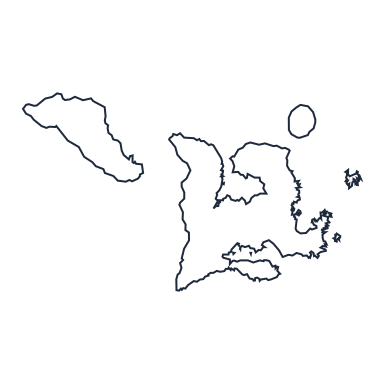 Bima, Nusa Tenggara Barat, Indonesia
{"feature_id": "22746128B14082340634491", "entity_name": "Bima", "entity_type": "district", "adm_level": 2, "iso_a3": "IDN", "parent_name": "Indonesia", "parent_adm1": "Nusa Tenggara Barat", "projection": "robinson", "projection_center": [118.835, -8.483], "detail": "fine", "context": "isolated", "style": "outline", "palette": "slate", "viewbox_px": 384, "rotation_deg": 0, "n_neighbors": 0, "source": "geoboundaries", "source_scale": "gbopen_adm2", "svg_char_len": 6089}
<svg xmlns="http://www.w3.org/2000/svg" viewBox="0 0 384 384"><path d="M227.2,195.3L225.7,197.8L223.1,198.9L223.0,200.3L219.0,200.2L220.1,202.1L218.6,203.5L218.3,206.0L215.7,206.2L213.5,208.5L218.0,200.9L215.7,198.8L217.2,194.7L216.6,193.2L219.5,190.1L221.3,186.3L222.5,179.1L221.8,177.1L222.7,176.6L221.2,176.4L222.4,175.2L220.6,174.5L221.9,174.4L222.9,172.5L222.4,171.1L223.8,170.8L221.0,170.1L223.3,166.2L222.5,163.9L221.6,163.9L222.2,161.5L221.2,158.2L213.3,145.2L211.0,144.3L209.0,145.2L204.0,141.0L200.9,141.1L199.3,139.0L197.0,140.2L193.8,138.2L184.1,137.6L180.1,133.3L177.0,135.2L173.3,134.0L172.5,136.2L169.8,138.1L169.1,139.5L175.3,147.1L177.4,154.8L182.7,160.8L187.1,163.3L190.4,170.4L186.5,178.6L181.6,182.6L181.7,186.7L184.3,192.6L184.2,198.7L180.1,202.7L179.4,204.8L182.9,212.2L182.6,219.4L185.6,224.3L185.4,230.1L188.9,232.5L189.0,240.4L184.1,248.7L181.7,258.4L183.1,260.0L180.1,263.1L181.5,267.8L179.5,273.2L177.7,274.5L176.3,279.2L176.5,290.2L179.1,290.6L180.9,288.6L181.8,289.8L183.3,288.1L185.3,288.6L188.0,285.1L193.7,281.1L197.0,281.7L199.8,279.6L203.3,279.1L205.1,276.6L208.5,275.6L208.2,274.4L210.7,272.8L213.3,272.9L216.8,270.9L220.2,271.8L224.3,271.1L225.8,268.9L228.2,268.9L228.6,267.7L230.7,270.0L231.3,268.5L234.1,270.4L234.6,268.5L236.7,268.7L242.2,274.4L244.1,275.1L247.0,274.1L249.6,278.5L252.7,279.1L253.6,280.7L255.0,280.5L255.2,278.1L257.1,277.6L259.4,278.9L259.7,280.8L261.0,279.5L266.4,278.6L268.1,280.1L271.1,279.4L276.9,277.0L278.6,274.3L280.1,273.8L277.2,270.7L278.1,267.0L276.7,266.6L275.5,268.2L275.3,265.7L272.5,266.6L269.3,261.0L266.3,260.2L264.0,260.2L263.6,261.2L259.8,260.4L253.3,262.5L248.0,260.4L240.2,260.4L237.1,261.7L234.2,260.6L232.6,260.9L229.9,264.0L229.9,259.5L223.4,257.8L222.5,256.7L223.1,254.5L228.5,254.5L228.9,252.5L230.9,252.1L231.5,249.6L237.3,243.2L238.9,243.7L238.3,244.8L240.4,247.4L242.0,245.9L245.0,247.1L248.9,245.8L250.3,248.1L254.2,248.7L255.7,252.4L258.6,250.0L260.8,250.3L263.2,247.1L264.7,247.1L261.9,245.1L263.3,242.3L268.9,240.2L273.4,243.7L279.0,250.3L282.7,257.0L288.4,254.8L292.6,255.5L296.5,253.0L301.5,254.3L302.9,255.9L306.8,255.5L308.7,257.8L309.4,257.0L310.1,257.7L311.2,254.6L310.0,252.6L311.3,251.4L313.5,253.0L314.0,256.0L314.9,255.6L317.5,257.9L318.8,255.9L317.6,254.2L320.5,252.1L325.9,250.8L325.5,249.6L320.6,247.6L322.8,245.9L326.0,246.6L324.9,244.2L326.7,244.5L325.3,241.5L323.6,241.2L322.7,238.2L322.5,234.5L325.7,232.1L322.4,232.1L322.9,230.5L321.2,229.6L323.6,229.7L323.4,227.3L324.3,229.3L325.6,229.1L325.6,226.6L328.1,228.8L326.9,226.5L328.1,225.8L326.5,225.1L327.3,224.7L325.9,223.3L329.2,222.3L330.2,223.0L327.5,220.3L328.2,217.0L323.2,215.6L325.2,214.2L323.6,214.1L324.1,212.9L325.8,213.1L326.6,211.6L325.2,211.5L324.7,210.0L322.5,212.4L320.5,212.5L321.2,218.8L320.3,217.7L319.1,218.5L317.0,221.4L314.9,219.2L314.8,220.6L313.7,219.2L312.3,219.6L311.8,222.2L312.6,222.0L313.8,224.8L316.3,225.9L316.6,227.9L311.9,229.5L310.2,228.5L306.0,233.0L300.6,233.4L296.8,231.1L295.6,228.7L296.7,219.5L295.1,219.1L295.2,217.3L294.0,216.7L294.5,215.2L292.6,214.6L293.3,213.9L292.0,214.5L292.6,211.6L291.7,210.6L292.6,209.6L293.9,210.2L294.3,208.8L293.1,207.4L292.1,208.0L292.7,206.5L291.6,205.3L292.4,203.3L293.5,203.9L293.9,201.7L296.7,202.6L297.5,200.5L299.9,199.6L299.6,197.5L297.3,196.9L299.0,195.9L298.3,194.2L299.3,192.8L299.1,190.5L296.9,189.7L297.3,188.8L296.3,188.0L300.3,187.3L298.8,186.4L299.7,184.3L297.2,185.1L298.4,184.0L297.2,183.3L298.8,180.9L294.6,181.5L294.9,178.3L291.4,172.5L292.5,171.2L289.7,170.4L287.1,165.9L287.3,160.1L286.4,158.1L289.7,150.7L288.9,149.7L285.1,147.9L282.0,148.4L276.8,145.7L273.4,146.1L265.0,143.4L259.0,144.7L250.3,142.5L245.8,144.0L242.8,147.7L238.3,149.6L234.2,156.6L232.6,156.3L230.1,158.6L232.5,161.1L234.3,166.2L232.7,172.3L238.2,171.9L240.6,174.7L243.0,174.9L245.8,178.4L246.9,177.9L247.6,173.9L254.6,177.6L259.6,177.6L260.2,181.1L264.3,184.3L263.3,188.4L266.4,193.6L260.1,193.6L257.3,195.3L254.8,195.3L251.4,198.0L249.8,201.7L246.1,204.1L244.8,200.5L241.9,197.7L238.8,200.8L237.3,199.9L235.7,200.9L231.1,199.5L229.6,196.2L227.2,195.3ZM141.9,164.4L136.1,163.8L134.9,161.8L133.9,163.0L132.5,162.1L132.6,155.4L130.1,156.1L128.9,159.4L123.8,155.1L121.7,150.6L120.5,143.3L117.9,140.6L113.2,139.4L111.7,135.3L108.5,132.9L107.6,128.2L108.1,125.3L105.4,123.2L104.8,120.3L105.6,116.4L104.7,107.2L93.3,101.2L91.0,98.4L83.0,100.2L74.9,96.8L69.9,99.4L65.0,100.0L62.9,98.6L61.4,94.3L57.1,93.4L52.2,96.9L45.2,98.6L36.7,105.5L34.0,105.8L28.9,104.2L26.1,104.8L23.0,108.9L26.0,113.6L31.0,116.1L33.7,119.7L41.5,126.0L46.4,127.9L49.5,126.7L55.5,127.0L56.3,126.0L67.8,140.6L78.8,147.0L84.2,156.9L92.3,162.1L95.8,166.2L103.4,169.1L104.9,173.0L113.4,176.0L117.7,180.6L125.8,181.7L129.4,180.0L132.1,181.3L137.8,178.7L139.9,176.3L139.9,174.5L143.1,173.0L141.9,164.4ZM308.0,106.3L300.5,104.9L296.4,107.4L291.5,111.5L288.8,117.6L288.9,130.0L291.4,134.2L297.2,137.5L299.7,137.8L307.8,135.1L309.4,131.9L313.6,128.4L315.3,122.5L315.3,119.4L313.1,112.1L308.0,106.3ZM348.0,174.3L348.1,169.9L345.5,171.9L346.6,172.3L347.1,175.1L346.0,177.6L347.1,179.3L345.9,180.9L347.8,180.7L346.4,182.8L347.6,184.8L349.3,183.6L349.0,188.2L351.9,186.0L352.4,182.3L353.6,181.6L353.5,178.9L354.9,179.7L355.4,183.8L356.4,182.6L356.9,185.0L357.8,185.1L357.2,179.7L359.2,181.8L357.5,178.5L358.9,179.3L358.8,177.5L361.0,179.2L359.4,175.3L357.2,174.0L357.9,172.0L356.8,171.3L356.2,173.5L349.7,176.3L348.0,174.3ZM340.3,236.1L336.7,233.6L336.0,235.4L335.2,233.8L335.4,237.6L333.6,238.3L335.1,239.4L335.0,241.0L336.6,241.1L336.8,242.6L336.6,239.8L338.1,238.8L339.1,239.9L338.8,237.9L340.1,237.5L340.3,236.1ZM298.5,210.0L297.0,212.3L298.8,212.9L297.9,213.5L299.0,214.6L298.1,216.1L300.8,213.2L300.2,211.0L298.5,210.0ZM331.4,213.6L328.8,212.8L329.8,214.3L329.3,216.3L331.5,216.8L330.8,214.6L331.4,213.6ZM234.5,252.9L233.1,252.6L233.4,254.0L234.5,252.9ZM223.9,182.9L222.8,183.3L222.6,183.9L223.7,184.3L223.9,182.9ZM297.4,214.7L296.8,213.5L295.7,214.0L297.4,214.7ZM251.1,252.9L250.5,252.9L250.9,253.9L251.1,252.9ZM240.3,249.5L240.4,248.2L239.9,248.9L240.3,249.5Z" fill="none" stroke="#1e293b" stroke-width="2"/></svg>